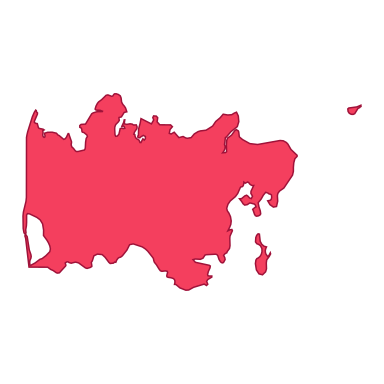 the border of Midtjylland
{"feature_id": "DNK-3416", "entity_name": "Midtjylland", "entity_type": "Region", "adm_level": 1, "iso_a3": "DNK", "parent_name": "Denmark", "parent_adm1": "", "projection": "albers", "projection_center": [9.543, 56.244], "detail": "fine", "context": "isolated", "style": "filled", "palette": "rose", "viewbox_px": 384, "rotation_deg": 0, "n_neighbors": 0, "source": "natural_earth", "source_scale": "10m", "svg_char_len": 5982}
<svg xmlns="http://www.w3.org/2000/svg" viewBox="0 0 384 384"><path d="M29.0,267.1L25.7,238.6L25.2,236.8L25.0,236.5L25.0,234.9L25.3,234.5L25.9,234.7L27.2,236.7L29.3,250.0L30.9,254.6L31.2,256.5L30.9,258.2L29.9,260.5L29.7,262.4L29.9,264.8L30.8,265.3L35.2,262.9L39.9,259.3L42.1,258.6L45.9,255.7L49.8,251.7L50.4,248.9L49.8,245.9L48.5,242.9L47.0,240.3L43.5,235.5L43.6,230.1L42.6,223.9L40.2,219.9L36.9,217.4L29.6,213.9L27.5,213.6L26.6,215.0L26.6,222.4L26.4,225.9L25.7,229.8L26.0,232.7L25.7,233.8L24.3,233.3L23.9,232.4L23.2,228.5L23.0,216.0L23.4,212.1L26.0,201.3L26.4,197.3L26.5,137.5L27.0,134.7L27.7,131.7L32.3,116.9L34.3,112.3L35.7,110.1L36.3,110.6L36.6,112.1L37.5,112.9L37.4,114.2L34.4,121.2L34.4,122.4L35.6,123.3L37.3,123.6L38.4,127.6L39.2,128.4L43.1,129.2L44.1,129.9L42.7,130.7L43.0,132.3L42.7,135.1L43.2,136.7L44.1,137.4L44.8,137.0L45.1,135.8L44.6,134.4L44.6,133.2L47.6,132.3L52.2,132.2L56.4,133.2L58.2,135.2L59.1,135.5L63.8,139.4L65.1,138.8L66.3,137.4L68.1,133.6L68.7,133.6L71.5,141.7L71.5,143.1L71.2,143.8L71.3,145.4L71.9,147.0L73.4,148.3L75.3,150.8L76.3,151.5L78.0,151.5L84.4,150.0L85.0,149.1L85.3,147.8L85.6,142.0L86.2,138.4L87.4,136.5L86.9,135.0L84.0,132.6L82.3,132.1L81.9,131.2L81.8,129.7L81.4,128.2L79.8,127.3L79.8,125.5L81.1,124.4L85.5,124.1L91.7,113.8L93.1,112.9L97.0,111.7L102.3,111.6L102.5,111.2L100.2,110.3L96.1,110.1L95.1,109.1L96.0,106.1L97.4,103.4L98.6,101.9L101.6,99.7L106.1,95.3L107.9,94.9L111.7,96.3L112.8,96.0L113.8,94.4L114.6,93.8L116.3,93.8L118.4,94.5L120.3,95.9L121.1,98.0L121.6,102.1L122.9,104.5L124.4,106.2L125.6,108.1L126.8,111.8L124.2,112.4L121.4,116.9L119.0,117.5L119.0,118.8L119.3,120.4L118.3,121.9L115.7,124.6L114.8,127.0L114.7,129.2L115.0,134.7L115.7,136.3L117.3,136.1L118.9,134.2L120.2,128.6L121.6,128.2L123.3,128.6L124.8,128.3L124.2,126.6L123.4,126.0L122.5,126.2L121.5,127.0L123.7,122.3L124.2,119.9L124.8,119.9L124.2,123.8L126.7,124.4L130.1,123.8L132.2,124.1L133.5,125.0L136.3,124.9L137.1,127.0L136.8,128.7L134.6,131.9L133.8,134.2L134.8,134.6L135.1,136.4L135.7,137.7L136.6,138.7L139.0,140.1L140.0,142.5L140.9,142.6L142.9,138.8L144.2,140.1L145.4,138.7L145.4,136.5L143.3,135.4L140.3,137.2L140.1,137.7L139.7,137.8L138.7,137.7L137.9,137.3L137.8,136.3L138.1,135.5L138.4,135.4L138.6,129.0L140.1,123.5L141.0,118.6L151.4,123.9L153.7,120.0L152.8,117.6L153.6,115.9L156.3,116.1L157.7,117.7L157.1,121.8L159.8,124.8L170.6,124.9L172.4,126.7L170.0,129.6L169.3,133.4L171.1,134.0L174.2,132.2L178.9,137.6L183.1,136.5L185.6,137.9L187.3,138.3L191.2,137.6L194.3,133.9L198.1,131.6L200.4,130.9L206.1,130.2L212.6,126.1L215.7,121.5L220.1,117.8L223.2,114.2L227.8,115.0L231.7,114.7L234.3,113.1L236.5,112.2L238.3,116.0L238.8,121.7L237.3,126.6L230.9,131.7L226.3,137.1L225.4,137.5L224.5,144.7L225.2,146.6L224.8,149.1L223.7,151.4L222.6,152.8L225.5,152.6L226.6,151.7L226.4,145.2L226.7,140.4L227.6,138.1L231.6,135.1L234.7,130.8L236.3,129.6L238.3,130.9L238.7,131.9L239.3,136.7L239.8,137.3L242.6,139.6L249.8,143.6L257.6,144.5L280.1,140.5L283.3,140.8L286.4,142.5L287.9,144.1L291.0,149.5L297.1,155.3L297.1,156.4L294.9,158.7L293.8,162.7L293.4,167.3L293.4,171.3L292.5,175.2L283.9,188.0L279.5,191.1L277.8,193.5L277.4,195.8L277.7,201.2L276.5,206.5L273.4,207.1L270.0,204.7L267.7,200.8L270.2,200.3L271.2,199.4L271.7,197.2L271.4,194.9L270.4,194.2L269.1,194.0L268.0,193.1L265.7,192.3L263.3,195.2L261.2,199.0L258.2,202.7L258.9,206.7L260.3,211.0L260.7,213.9L259.8,215.2L258.3,215.9L256.6,216.2L255.4,215.7L254.5,214.3L253.4,211.0L252.7,209.3L255.1,207.3L256.0,206.9L255.3,205.0L254.4,204.1L250.4,203.0L249.5,203.1L247.4,204.6L244.7,205.1L243.1,203.8L241.6,201.4L239.5,198.8L241.6,198.6L244.8,195.9L246.6,195.2L248.0,196.2L249.6,198.0L251.3,198.6L252.5,196.2L250.9,193.4L251.0,191.3L253.7,185.5L252.4,185.6L251.0,185.0L249.7,184.0L248.8,182.7L247.7,182.0L245.2,183.2L243.9,182.1L243.6,184.5L243.1,185.9L242.2,186.7L240.9,186.9L240.2,187.8L237.7,193.5L235.4,196.6L230.3,200.9L228.0,204.2L226.7,208.3L227.3,210.8L228.9,213.1L230.5,216.7L231.2,221.0L230.8,224.4L229.6,227.4L227.9,230.8L230.2,229.7L231.9,229.5L232.4,230.7L230.0,236.1L229.8,238.3L230.0,245.7L229.5,248.5L227.2,251.6L226.8,252.8L225.3,253.5L224.2,254.6L223.6,255.6L224.0,256.1L224.8,257.7L225.1,259.6L223.5,262.5L222.6,262.9L221.4,262.6L220.5,261.8L219.0,259.4L217.8,255.7L216.9,254.6L215.7,254.2L206.3,254.7L205.0,255.1L203.0,258.2L200.5,259.3L195.3,259.0L193.0,259.6L195.4,262.3L209.3,265.3L210.3,266.0L210.0,267.9L208.4,271.4L207.6,274.4L207.9,275.7L209.2,276.0L211.8,276.0L211.8,277.1L207.8,279.5L206.6,281.4L207.8,284.2L206.5,285.5L204.2,284.1L193.6,287.3L188.7,290.0L185.8,290.2L179.9,287.9L176.4,284.9L175.5,284.4L174.5,284.4L174.9,282.5L174.9,280.9L174.4,279.5L173.3,278.5L171.2,277.8L168.0,277.3L166.9,276.7L166.8,275.4L167.6,272.3L167.2,271.3L165.3,270.9L161.9,271.3L160.4,270.8L159.0,269.0L156.5,264.9L154.4,262.3L153.8,260.7L153.4,258.5L152.6,257.3L147.7,251.1L145.3,248.9L142.3,246.9L133.2,243.9L129.6,244.7L126.9,250.1L122.4,255.8L120.7,257.1L119.0,257.6L118.1,258.2L116.7,260.1L115.8,262.3L114.6,262.1L113.5,263.1L110.2,263.5L108.9,262.4L105.1,257.3L102.2,254.6L97.4,254.1L93.9,255.8L92.3,260.9L91.3,262.4L91.8,265.4L91.8,266.5L90.2,267.5L87.1,268.4L85.4,267.9L78.6,262.9L75.5,262.1L71.2,263.2L69.1,262.6L68.1,261.9L67.3,261.8L66.4,262.1L65.2,263.0L65.9,265.2L65.6,266.0L59.4,272.8L57.6,273.1L56.4,272.8L53.1,270.5L50.6,269.4L47.7,267.2L29.0,267.1ZM260.0,256.5L261.3,254.3L262.0,251.6L261.9,248.6L260.5,245.8L258.8,244.5L256.8,243.7L255.5,241.9L255.8,237.6L256.7,235.3L258.1,233.8L259.4,234.1L260.2,241.3L261.8,244.3L264.0,246.2L266.5,246.9L265.7,248.7L265.3,250.5L265.4,252.3L265.9,254.0L267.6,256.4L268.8,255.7L270.3,252.8L270.6,253.9L269.2,256.5L266.7,259.9L266.3,263.0L266.5,268.8L265.6,271.8L262.5,274.8L259.0,273.9L256.4,269.9L255.4,263.6L255.9,260.1L256.9,258.6L258.3,257.9L260.0,256.5ZM348.1,111.5L347.8,108.9L348.8,108.0L356.9,106.9L360.9,105.2L361.0,106.5L360.3,106.8L359.7,107.6L358.0,108.4L354.7,113.7L353.1,114.4L351.2,114.3L349.3,113.3L348.1,111.5Z" fill="#f43f5e" stroke="#9f1239" stroke-width="1.5"/></svg>